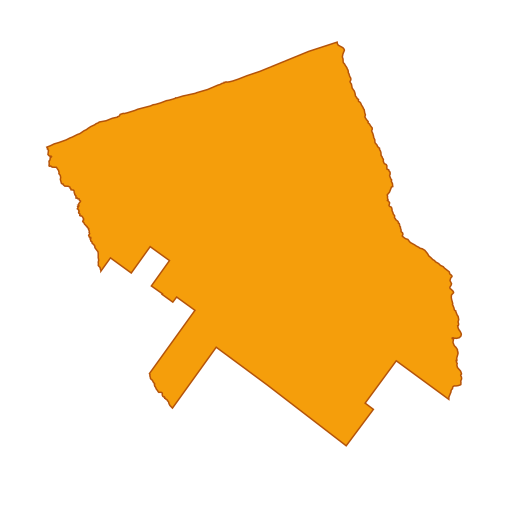 Tres Arroyos, Buenos Aires, Argentina, rotated 172°
{"feature_id": "61730980B62269269094219", "entity_name": "Tres Arroyos", "entity_type": "district", "adm_level": 2, "iso_a3": "ARG", "parent_name": "Argentina", "parent_adm1": "Buenos Aires", "projection": "orthographic", "projection_center": [-60.092, -38.474], "detail": "fine", "context": "isolated", "style": "filled", "palette": "amber", "viewbox_px": 512, "rotation_deg": 172, "n_neighbors": 0, "source": "geoboundaries", "source_scale": "gbopen_adm2", "svg_char_len": 6026}
<svg xmlns="http://www.w3.org/2000/svg" viewBox="0 0 512 512"><g transform="rotate(172 256 256)"><path d="M377.6,149.7L377.3,148.9L375.9,147.3L375.1,144.9L374.2,143.8L374.2,143.1L374.6,142.7L374.3,140.9L373.9,140.4L373.1,137.7L372.4,136.8L371.7,135.1L371.2,134.5L369.4,134.3L368.5,134.0L368.2,133.7L367.9,133.0L368.2,131.5L367.8,130.0L366.8,129.1L366.3,129.2L366.1,128.6L366.2,127.8L365.5,127.5L365.2,126.8L364.1,126.0L363.8,124.9L363.2,124.3L362.9,123.5L362.7,121.9L362.0,119.9L359.9,117.0L308.1,171.2L262.5,126.4L193.1,55.5L161.1,87.8L168.4,95.1L131.7,132.7L85.0,87.2L84.6,89.5L81.8,94.3L81.6,95.5L80.8,96.6L79.9,97.2L79.6,98.4L79.1,99.2L77.8,99.8L76.1,99.5L73.9,99.5L71.3,100.0L71.0,100.3L70.6,102.7L70.7,103.8L69.8,105.0L69.4,106.2L69.4,107.6L69.9,109.1L69.9,109.6L68.9,110.6L68.9,111.0L69.4,113.5L72.0,117.5L72.3,120.1L71.7,121.6L72.3,123.0L72.3,123.5L72.0,123.8L72.3,124.8L72.0,125.1L71.5,125.0L71.5,126.9L69.8,130.6L69.7,131.2L69.4,131.7L69.6,132.5L69.4,132.8L69.8,134.2L69.5,134.8L69.9,136.1L71.0,138.2L71.4,138.4L72.3,140.1L72.9,142.7L72.9,143.4L72.0,146.0L72.1,146.5L73.1,146.8L73.2,147.2L73.0,147.6L71.9,147.5L71.3,146.9L70.2,146.9L69.3,146.5L66.1,146.8L64.3,148.1L63.6,149.7L63.6,150.6L64.1,152.3L65.0,154.4L65.4,154.7L66.0,157.5L66.0,158.9L65.4,158.9L64.9,159.9L64.8,160.6L65.1,162.6L64.1,164.8L64.2,167.5L64.3,168.2L65.0,169.5L65.9,173.2L65.8,173.8L66.8,174.6L67.1,175.2L67.2,177.0L67.9,179.9L68.2,180.4L67.8,181.7L68.3,185.4L68.4,187.7L67.9,190.0L67.5,190.5L65.5,192.1L65.4,192.6L65.8,193.8L67.4,195.9L68.2,196.6L68.5,197.6L68.3,198.2L66.9,199.9L66.2,201.3L67.3,204.6L67.2,205.0L66.2,207.2L64.8,208.3L64.7,208.9L65.4,210.1L66.5,211.2L66.7,211.8L66.7,212.8L66.9,213.5L71.1,217.8L72.0,219.3L74.7,221.1L76.2,223.1L79.1,225.3L79.8,226.6L81.4,227.8L83.1,230.1L84.9,232.1L85.8,234.5L88.0,238.1L90.3,240.0L92.7,241.0L93.6,242.0L95.8,243.5L97.3,244.9L100.9,247.6L101.9,248.7L103.3,251.3L105.2,252.2L106.3,253.0L108.3,255.2L108.3,255.7L107.6,256.7L107.5,257.9L107.7,258.6L108.9,259.9L108.7,261.8L109.1,263.6L108.9,264.6L109.5,265.6L109.5,267.6L109.6,268.1L110.4,268.7L110.3,269.6L110.8,270.7L112.6,272.6L112.7,273.3L113.3,274.2L113.5,274.8L113.1,276.5L114.3,278.7L114.3,279.6L115.0,282.2L114.8,283.3L115.0,284.9L115.2,285.5L116.6,286.4L117.2,287.3L117.2,287.8L116.5,289.3L116.3,290.2L117.3,292.1L118.1,292.6L117.4,293.4L117.7,294.0L117.6,296.0L117.4,296.7L117.6,298.2L114.9,300.7L112.2,305.5L110.9,305.7L110.8,308.8L111.6,311.1L111.1,312.5L111.7,313.4L112.5,316.7L112.4,317.5L111.8,318.3L111.6,320.0L111.8,320.9L112.6,322.0L112.6,322.9L114.2,323.8L114.1,325.8L113.8,327.0L114.3,328.4L116.0,329.6L116.5,330.8L116.6,331.7L116.8,332.0L116.4,334.0L117.1,335.4L117.4,336.9L118.1,338.0L117.9,341.2L118.2,342.8L118.8,344.1L118.7,345.6L119.5,346.3L120.4,347.6L120.8,349.2L122.2,351.3L122.4,352.0L122.2,354.6L123.0,357.1L122.9,358.1L123.3,361.1L124.0,363.3L124.0,364.1L123.3,365.2L123.1,366.6L124.4,368.8L125.3,371.0L126.4,372.2L126.5,372.7L126.2,373.5L127.5,375.5L128.6,377.9L128.8,378.6L128.0,380.6L128.4,382.4L128.5,385.9L129.2,387.2L129.3,388.1L130.6,391.0L131.0,392.7L131.5,393.7L132.8,394.8L133.0,395.3L132.7,396.8L134.0,397.9L134.2,399.0L135.2,400.4L135.3,403.3L135.7,405.6L137.4,408.9L137.6,413.1L138.0,413.5L138.7,415.5L137.6,417.2L137.4,418.3L137.6,419.6L138.2,420.6L138.6,423.6L139.1,424.7L138.9,426.1L139.1,427.5L139.7,428.9L139.8,429.8L141.1,432.4L141.6,433.9L142.5,435.1L142.7,435.9L142.4,439.0L142.8,441.1L141.8,444.0L140.0,447.1L139.8,447.6L140.1,448.8L140.9,450.1L145.2,453.3L145.9,455.0L145.9,456.5L175.3,451.3L226.4,438.3L239.8,435.8L249.0,433.6L254.9,432.5L258.0,432.2L260.7,432.2L261.4,432.6L262.5,432.3L263.4,432.4L263.5,431.9L265.9,431.6L266.0,431.4L266.7,431.3L267.7,430.8L269.7,430.6L280.8,427.6L292.5,425.9L293.0,425.6L306.2,424.6L312.4,423.6L313.5,423.8L313.7,423.5L315.9,423.0L320.3,422.4L323.1,422.3L329.1,420.9L334.6,420.1L336.8,420.1L339.6,419.3L352.7,417.8L355.7,417.0L363.6,415.7L366.7,415.4L367.6,415.7L370.4,415.2L370.9,415.1L371.5,414.0L372.2,413.5L373.6,413.2L373.9,412.8L379.1,412.4L385.6,410.8L392.6,410.5L393.8,409.8L395.9,409.3L397.5,408.4L401.7,407.1L404.7,405.7L406.4,404.7L408.8,404.0L413.4,401.7L415.9,401.2L421.5,399.3L423.8,398.8L427.8,397.4L435.5,395.8L440.3,395.1L444.3,393.8L448.0,392.9L447.6,392.0L447.7,391.1L447.2,391.0L447.2,390.2L446.8,389.5L447.9,385.4L446.7,383.8L445.8,383.4L445.2,383.5L445.1,382.9L444.8,382.7L445.3,382.3L445.6,382.6L446.0,382.4L446.6,379.9L447.8,378.7L448.0,375.4L448.3,375.0L448.4,374.0L448.0,373.6L446.7,373.7L446.2,372.9L445.2,372.3L441.3,371.6L439.6,368.0L439.4,365.6L439.7,365.2L439.6,364.7L438.6,363.1L438.5,360.8L439.1,359.2L438.6,355.1L437.8,354.3L437.1,354.2L436.9,353.3L435.6,351.8L432.3,351.2L430.8,350.2L430.6,349.9L430.6,348.9L430.0,348.4L430.0,347.3L427.5,346.6L427.1,345.8L427.2,344.0L426.8,342.3L426.9,341.9L425.9,340.5L426.1,340.0L426.1,338.3L424.9,338.3L424.6,337.5L423.3,337.2L423.2,336.0L422.1,334.9L422.3,334.2L423.2,333.6L424.5,332.0L424.7,331.0L424.9,331.0L424.4,330.4L424.8,329.8L425.7,329.8L425.4,328.9L426.4,327.6L425.3,326.7L425.3,325.5L424.8,325.0L425.5,324.1L425.4,323.8L425.6,323.5L425.4,322.9L424.8,322.6L424.7,322.0L424.5,321.8L424.9,320.6L423.9,320.0L423.2,320.0L422.9,319.6L422.1,318.4L422.0,317.7L421.5,316.7L421.7,316.3L421.7,315.7L422.2,315.6L422.8,314.1L421.9,313.2L421.4,311.5L420.2,309.9L420.0,309.4L419.1,308.6L419.2,308.1L418.9,307.6L417.9,306.5L418.2,306.0L417.7,304.2L417.7,303.1L418.0,302.6L417.6,301.5L418.0,300.6L418.5,300.3L418.9,299.5L418.4,298.4L418.4,297.9L417.1,297.4L417.2,296.4L417.8,296.3L417.8,295.6L417.5,295.1L417.5,293.8L416.6,293.0L416.4,291.2L415.1,290.0L414.6,288.6L414.2,288.2L414.4,287.2L414.2,286.3L411.9,282.2L411.9,280.4L412.5,276.1L412.4,275.3L412.4,273.6L413.1,271.9L413.1,270.8L413.5,268.5L412.0,266.3L411.9,264.3L411.6,263.5L411.7,262.6L400.4,274.4L381.9,256.5L359.5,280.0L342.3,263.5L363.8,240.9L353.9,231.6L354.4,231.1L344.8,221.9L340.3,226.4L324.0,210.7L377.9,154.4L377.5,153.2L377.8,152.0L377.5,150.6L377.6,149.7Z" fill="#f59e0b" stroke="#b45309" stroke-width="1.5"/></g></svg>